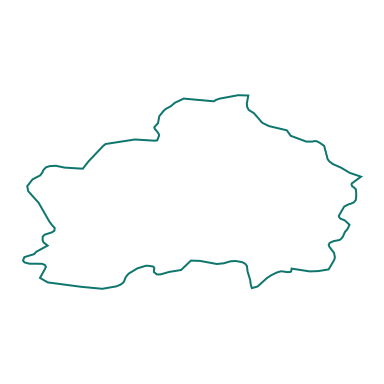 an SVG outline of Rapla
{"feature_id": "EST-2348", "entity_name": "Rapla", "entity_type": "County", "adm_level": 1, "iso_a3": "EST", "parent_name": "Estonia", "parent_adm1": "", "projection": "natural_earth1", "projection_center": [24.741, 58.948], "detail": "fine", "context": "isolated", "style": "outline", "palette": "teal", "viewbox_px": 384, "rotation_deg": 0, "n_neighbors": 0, "source": "natural_earth", "source_scale": "10m", "svg_char_len": 2016}
<svg xmlns="http://www.w3.org/2000/svg" viewBox="0 0 384 384"><path d="M40.0,277.9L45.1,268.7L45.9,266.7L44.9,265.0L42.1,263.8L29.5,263.7L24.5,262.4L23.0,260.6L24.4,257.1L34.2,254.1L36.2,251.8L47.6,245.6L43.6,242.5L42.6,240.1L42.7,236.7L44.6,234.7L51.8,232.4L54.4,230.7L54.7,228.0L52.0,225.1L49.1,221.1L38.7,202.9L28.3,191.3L27.2,186.2L32.6,179.3L40.2,175.4L42.5,172.3L43.1,170.6L44.3,169.0L46.2,167.2L49.9,166.1L55.9,165.8L64.6,167.6L82.8,168.7L88.5,161.4L103.1,146.0L105.6,144.0L120.6,141.7L134.8,139.5L154.7,140.7L157.2,140.4L159.1,135.6L158.7,133.8L156.6,130.9L154.9,129.1L154.3,127.2L158.0,123.2L159.3,116.2L163.6,110.9L165.7,109.0L171.0,106.1L174.8,102.8L183.7,98.6L213.8,101.3L216.0,99.9L219.8,98.6L238.2,95.2L248.3,95.5L246.8,103.7L247.2,107.1L248.8,110.0L253.8,113.1L258.6,118.5L261.3,121.8L262.6,123.0L269.0,126.1L286.8,130.3L290.7,135.8L306.3,141.6L312.5,141.6L314.1,141.1L316.6,141.2L319.6,142.7L324.2,145.9L325.1,149.8L325.9,151.9L326.3,154.3L327.0,156.2L327.4,158.7L329.1,161.2L332.7,164.0L341.1,167.7L349.8,172.9L361.0,176.7L351.8,183.4L351.5,184.4L352.1,186.2L353.9,187.4L355.8,189.2L356.2,192.9L356.2,196.3L355.8,200.0L353.9,202.3L351.1,203.6L348.8,204.2L344.2,206.6L338.8,215.9L339.2,217.2L340.5,218.7L344.7,220.3L349.5,224.8L347.5,229.0L345.0,231.9L342.9,236.6L341.4,238.6L339.5,240.0L333.4,241.2L329.7,242.9L328.7,244.8L329.5,247.0L334.0,252.8L334.9,257.3L334.2,260.0L328.6,269.4L318.2,271.1L309.7,271.4L291.6,268.6L291.1,271.5L290.1,272.0L287.2,272.1L282.5,271.4L280.9,271.3L276.8,272.5L271.3,275.2L267.0,278.0L257.6,286.5L251.9,288.1L250.8,284.8L250.1,279.7L247.6,271.6L246.9,265.9L245.2,263.8L242.1,262.1L235.5,261.0L230.5,261.3L223.7,263.3L216.8,264.0L200.0,260.9L190.9,260.6L181.1,270.0L169.3,271.9L160.5,274.4L156.8,274.4L153.9,272.0L154.0,270.1L154.3,267.9L153.3,266.6L149.2,265.9L146.1,265.7L137.3,268.4L128.9,273.5L127.3,275.1L125.6,277.4L123.9,281.8L122.7,283.1L120.2,284.8L116.2,286.4L102.3,288.8L81.1,286.8L47.7,282.4L40.0,277.9Z" fill="none" stroke="#0f766e" stroke-width="2"/></svg>